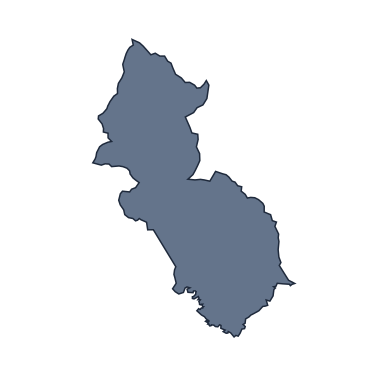 Pano Pyrgos, Nicosia, Cyprus, rotated 125°
{"feature_id": "46923920B70201539019351", "entity_name": "Pano Pyrgos", "entity_type": "district", "adm_level": 2, "iso_a3": "CYP", "parent_name": "Cyprus", "parent_adm1": "Nicosia", "projection": "orthographic", "projection_center": [32.674, 35.131], "detail": "fine", "context": "isolated", "style": "filled", "palette": "slate", "viewbox_px": 384, "rotation_deg": 125, "n_neighbors": 0, "source": "geoboundaries", "source_scale": "gbopen_adm2", "svg_char_len": 3346}
<svg xmlns="http://www.w3.org/2000/svg" viewBox="0 0 384 384"><g transform="rotate(125 192 192)"><path d="M94.7,239.7L92.5,244.2L96.7,244.0L101.8,244.9L104.1,247.6L103.0,251.2L103.5,256.8L106.2,260.4L104.7,266.1L105.0,273.0L101.5,278.7L98.5,283.1L98.8,287.0L96.4,292.4L99.1,296.3L99.4,301.7L103.2,304.4L100.5,315.7L99.9,320.5L101.4,328.6L105.3,324.4L109.2,325.9L112.3,325.9L112.5,325.9L116.3,325.3L120.6,324.0L122.0,323.5L127.0,322.0L127.8,321.3L130.0,319.0L132.4,316.4L138.7,314.9L145.2,314.6L150.0,312.5L152.8,310.4L154.1,309.5L158.3,311.0L160.0,311.0L165.2,311.0L168.4,310.5L169.6,310.4L172.6,309.5L176.8,309.9L178.6,310.1L181.3,311.3L183.3,312.2L186.0,310.7L186.7,308.3L187.5,305.7L187.8,304.7L189.5,302.5L190.8,300.8L192.3,299.9L193.7,299.0L192.9,296.8L192.0,294.5L195.8,291.8L196.7,286.8L199.4,289.4L204.2,292.4L205.3,292.8L208.0,293.6L211.5,293.1L214.3,292.7L215.7,292.1L217.9,291.0L220.4,290.3L225.0,290.0L223.2,285.0L222.0,281.7L218.7,279.3L218.2,278.4L216.7,276.0L217.3,272.4L212.5,266.7L211.6,264.7L210.9,263.3L210.3,261.0L209.8,258.9L210.2,256.6L210.4,255.4L211.8,253.9L212.8,253.0L213.0,252.2L214.3,248.5L214.4,247.2L214.6,243.7L214.6,242.3L214.6,240.7L220.8,240.7L224.4,243.1L227.7,243.1L231.2,249.4L234.5,249.7L240.8,247.3L243.7,243.4L245.8,237.7L249.1,234.1L249.4,229.3L247.6,225.2L248.0,221.7L246.3,220.4L244.0,220.0L244.0,217.9L243.2,213.9L243.0,212.8L242.9,211.8L248.4,206.6L245.1,202.0L262.5,162.4L265.9,161.6L269.9,159.5L272.0,156.9L275.8,152.6L282.4,152.4L283.3,148.6L283.1,144.3L279.2,141.4L274.6,142.6L272.7,141.7L271.7,138.8L274.5,140.3L276.5,137.8L273.9,133.4L272.3,134.0L271.2,132.8L271.3,131.4L272.2,131.2L273.6,130.3L275.3,130.6L276.8,130.8L277.6,131.6L279.0,130.6L278.4,129.0L274.0,126.9L274.8,125.5L276.8,125.4L275.7,124.2L275.5,123.3L277.7,123.6L278.8,122.1L279.8,121.3L279.4,120.1L278.4,119.8L277.8,118.9L278.9,119.0L279.7,117.4L279.4,116.8L280.3,117.0L280.9,116.7L281.5,117.7L282.3,117.9L283.4,117.9L283.7,118.4L283.7,119.6L286.5,119.9L287.3,113.7L287.0,110.4L287.3,109.1L287.7,108.3L287.9,106.4L287.8,104.3L288.0,104.0L288.3,104.0L289.2,105.6L289.3,106.5L290.2,106.8L289.9,103.5L291.2,103.4L290.6,102.3L291.2,101.7L291.5,100.5L290.3,99.6L289.7,99.9L288.5,97.6L288.7,96.8L288.8,95.7L288.2,94.6L287.6,93.5L284.9,93.2L284.7,91.7L287.1,90.2L286.1,85.7L288.5,86.4L288.1,83.0L286.9,81.7L285.5,82.3L285.2,79.5L286.6,74.4L284.3,73.8L283.6,71.5L280.1,71.6L275.7,72.5L273.8,70.6L271.7,71.2L271.2,74.2L269.1,73.2L265.2,75.3L261.8,73.7L259.0,73.2L257.4,72.3L250.9,69.1L245.2,68.4L243.4,66.5L241.4,65.0L237.9,69.3L236.7,65.6L230.6,66.0L224.9,69.0L222.8,68.6L222.8,70.8L221.1,69.2L217.9,69.8L215.1,64.9L211.7,59.3L212.3,57.7L210.3,57.1L208.0,55.4L208.9,62.3L202.1,78.4L198.8,78.7L195.5,83.5L189.9,88.3L182.7,92.4L180.1,95.1L176.8,96.9L172.6,104.4L168.2,105.6L169.4,109.8L165.5,114.6L167.0,121.4L162.2,124.7L160.7,127.4L160.1,133.1L160.7,137.3L162.8,140.9L165.2,143.2L163.4,147.1L163.1,152.2L159.2,154.3L160.7,158.2L159.2,162.4L160.1,165.4L158.6,170.4L158.3,174.0L159.5,177.3L161.6,184.5L169.0,183.9L172.9,183.6L175.0,188.7L176.8,192.3L180.4,196.5L183.9,202.7L177.2,201.2L172.5,201.7L166.9,202.6L161.8,203.6L156.2,207.8L152.5,214.3L145.5,217.1L141.4,220.4L143.7,226.0L140.4,230.6L134.4,240.5L126.0,236.2L120.0,236.2L114.4,233.0L106.9,233.4L94.8,239.5L94.7,239.7Z" fill="#64748b" stroke="#1e293b" stroke-width="1.5"/></g></svg>